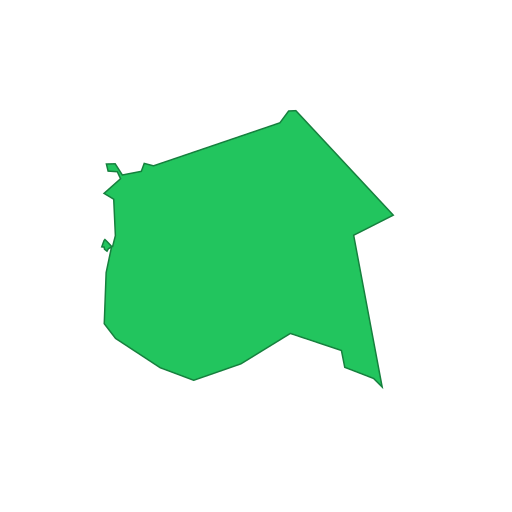 Lincoln, Kentucky, United States of America (Natural Earth projection), rotated 301°
{"feature_id": "52423323B85940077670838", "entity_name": "Lincoln", "entity_type": "district", "adm_level": 2, "iso_a3": "USA", "parent_name": "United States of America", "parent_adm1": "Kentucky", "projection": "natural_earth1", "projection_center": [-84.689, 37.439], "detail": "fine", "context": "isolated", "style": "filled", "palette": "green", "viewbox_px": 512, "rotation_deg": 301, "n_neighbors": 0, "source": "geoboundaries", "source_scale": "gbopen_adm2", "svg_char_len": 657}
<svg xmlns="http://www.w3.org/2000/svg" viewBox="0 0 512 512"><g transform="rotate(301 256 256)"><path d="M361.7,352.6L401.1,215.3L397.1,209.3L382.5,207.9L280.5,121.7L277.8,112.5L269.5,114.1L256.6,99.7L262.5,87.8L257.8,80.4L252.6,85.5L256.8,93.7L252.5,100.1L231.4,93.5L231.4,104.8L201.0,125.0L190.3,128.2L189.8,127.5L191.7,120.7L192.3,118.0L190.9,117.8L184.4,119.1L185.4,121.3L183.8,122.6L183.4,125.8L186.2,125.7L189.4,127.5L164.6,136.1L119.8,160.8L113.0,178.1L110.9,231.5L117.4,266.6L155.8,298.6L207.3,325.3L219.0,377.9L206.3,389.4L211.6,419.9L208.7,431.6L311.7,340.0L324.1,329.0L361.7,352.6Z" fill="#22c55e" stroke="#15803d" stroke-width="1.5"/></g></svg>